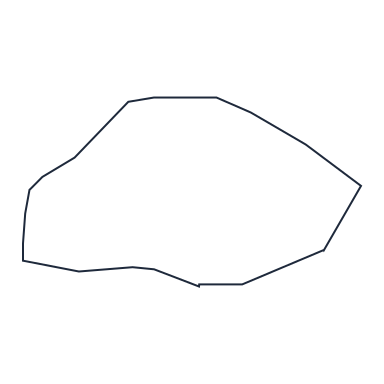 the district of Yongsan-gu, Seoul, South Korea
{"feature_id": "91817680B50347392057391", "entity_name": "Yongsan-gu", "entity_type": "district", "adm_level": 2, "iso_a3": "KOR", "parent_name": "South Korea", "parent_adm1": "Seoul", "projection": "albers", "projection_center": [126.983, 37.523], "detail": "fine", "context": "isolated", "style": "outline", "palette": "slate", "viewbox_px": 384, "rotation_deg": 0, "n_neighbors": 0, "source": "geoboundaries", "source_scale": "gbopen_adm2", "svg_char_len": 381}
<svg xmlns="http://www.w3.org/2000/svg" viewBox="0 0 384 384"><path d="M323.9,250.2L361.0,185.9L305.7,144.5L250.8,112.5L216.4,97.5L154.1,97.5L128.3,101.8L74.6,157.6L42.4,176.9L30.6,188.8L29.5,189.8L25.2,213.5L23.0,243.5L23.0,260.7L78.9,271.5L132.6,267.2L154.1,269.3L199.0,286.5L199.2,284.4L242.2,284.4L323.8,250.0L323.9,250.2Z" fill="none" stroke="#1e293b" stroke-width="2"/></svg>